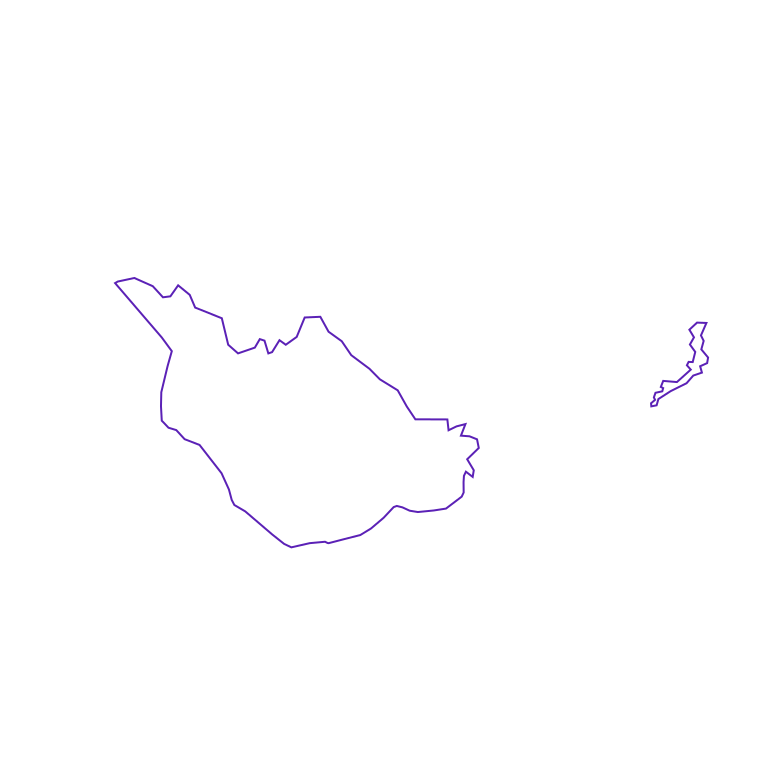 outline of Uzun, Surkhandarya, Uzbekistan, rotated 114°
{"feature_id": "79887680B11166150999612", "entity_name": "Uzun", "entity_type": "district", "adm_level": 2, "iso_a3": "UZB", "parent_name": "Uzbekistan", "parent_adm1": "Surkhandarya", "projection": "natural_earth1", "projection_center": [68.025, 38.226], "detail": "fine", "context": "isolated", "style": "outline", "palette": "violet", "viewbox_px": 768, "rotation_deg": 114, "n_neighbors": 0, "source": "geoboundaries", "source_scale": "gbopen_adm2", "svg_char_len": 1555}
<svg xmlns="http://www.w3.org/2000/svg" viewBox="0 0 768 768"><g transform="rotate(114 384 384)"><path d="M390.6,311.7L403.5,341.0L395.3,354.0L384.2,368.9L381.4,389.7L376.0,403.5L371.0,425.6L362.1,440.0L358.8,455.9L348.5,469.5L355.5,483.5L376.5,482.9L388.1,489.7L386.5,497.3L400.4,499.2L403.1,502.1L393.0,510.8L393.5,515.7L403.3,516.8L415.4,529.8L411.5,542.3L389.9,558.9L391.0,587.6L381.6,597.7L377.6,612.2L390.8,614.8L394.7,621.2L388.7,635.0L388.7,655.2L398.7,668.9L401.2,670.7L427.4,615.4L431.9,605.9L440.3,591.2L454.2,589.2L456.1,588.9L482.1,584.1L495.0,578.7L507.9,572.1L509.0,569.3L511.6,563.1L510.6,555.0L515.5,543.7L514.7,527.7L531.6,496.1L543.5,482.7L551.8,476.0L555.4,471.5L556.8,459.0L566.9,425.0L570.7,410.2L570.9,402.2L559.6,387.1L552.1,373.7L552.2,370.8L551.9,369.8L541.7,357.0L531.6,344.2L521.3,337.1L506.3,329.9L492.5,325.1L490.2,322.7L489.2,317.0L489.3,309.0L487.2,301.0L479.3,287.1L472.6,276.7L455.3,267.2L450.7,267.1L441.3,271.4L435.4,273.6L430.8,273.5L432.8,265.2L426.3,266.9L418.9,277.4L403.9,271.4L396.7,276.5L397.0,284.6L399.9,292.7L387.5,293.3L393.2,300.5L400.0,306.2L390.6,311.7ZM233.5,97.3L228.0,98.7L223.3,108.2L214.6,109.5L210.7,114.2L197.1,114.3L200.6,123.0L210.2,127.1L215.3,119.8L223.5,120.6L228.1,112.7L238.4,110.9L239.9,114.7L243.7,114.9L246.1,109.6L263.1,117.2L267.6,130.2L274.1,129.9L274.2,127.3L277.5,126.8L281.6,132.4L286.5,132.0L288.2,129.9L293.0,132.2L295.7,130.7L292.6,126.3L286.1,127.2L273.9,119.2L260.2,107.9L250.5,104.9L244.3,98.2L239.2,102.4L233.5,97.3Z" fill="none" stroke="#5b21b6" stroke-width="2"/></g></svg>